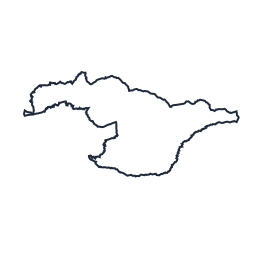 Paulesti, Vrancea, Romania (Robinson projection), rotated 195°
{"feature_id": "2599482B74824267057169", "entity_name": "Paulesti", "entity_type": "district", "adm_level": 2, "iso_a3": "ROU", "parent_name": "Romania", "parent_adm1": "Vrancea", "projection": "robinson", "projection_center": [26.578, 45.893], "detail": "fine", "context": "isolated", "style": "outline", "palette": "slate", "viewbox_px": 256, "rotation_deg": 195, "n_neighbors": 0, "source": "geoboundaries", "source_scale": "gbopen_adm2", "svg_char_len": 5927}
<svg xmlns="http://www.w3.org/2000/svg" viewBox="0 0 256 256"><g transform="rotate(195 128 128)"><path d="M187.3,170.0L187.7,169.4L187.8,168.3L188.4,168.1L188.2,167.8L188.4,167.4L189.0,167.4L189.8,166.7L189.5,165.7L190.1,165.1L190.2,164.5L191.0,163.9L190.8,162.8L191.2,161.5L190.9,161.2L192.5,159.3L192.7,158.6L192.6,158.4L193.3,156.3L194.8,157.2L195.0,158.2L195.7,158.2L197.2,156.8L198.2,156.8L199.9,154.6L200.6,154.2L202.7,154.5L203.8,154.3L205.5,155.2L206.3,153.9L208.4,151.9L209.6,151.6L210.3,152.6L212.7,151.7L213.7,151.7L214.3,152.0L215.0,151.8L214.7,151.4L214.8,150.6L214.6,150.1L215.0,150.1L215.0,149.8L214.6,149.8L214.5,149.5L215.7,149.3L216.3,148.6L217.8,148.0L219.9,147.8L220.4,147.4L223.2,146.7L222.7,146.2L222.8,145.4L224.8,145.7L225.7,144.4L226.2,143.2L227.6,141.9L228.1,139.6L228.0,138.7L228.6,138.5L228.0,138.1L229.7,137.1L230.1,136.5L230.6,134.9L229.4,134.1L229.8,133.6L229.6,133.2L228.3,133.2L228.6,131.7L228.5,131.0L228.9,130.0L228.2,129.7L228.4,129.2L228.9,129.4L229.5,128.7L228.7,128.0L227.1,128.0L226.9,126.3L226.3,124.9L225.1,124.2L223.5,120.5L223.4,116.8L224.9,117.1L225.9,117.9L228.4,117.4L230.1,117.5L232.2,118.2L232.1,114.7L230.9,113.1L227.1,115.1L222.8,116.6L221.1,117.8L218.9,118.7L215.1,120.8L213.7,122.2L213.6,121.3L213.3,122.4L212.7,122.2L212.6,122.4L212.8,123.0L212.4,123.9L212.3,125.2L211.6,125.2L211.2,125.7L211.6,126.4L209.9,127.5L210.2,127.8L208.5,128.4L208.0,127.7L207.1,128.8L206.8,128.4L206.5,128.6L206.7,129.0L205.4,129.2L205.6,129.6L205.3,130.0L206.0,130.5L204.8,131.3L204.9,131.6L204.6,132.1L202.1,131.5L201.9,131.9L201.3,131.9L201.3,132.7L200.7,133.8L201.1,134.3L201.1,134.6L200.0,134.8L196.6,136.9L194.9,137.5L194.3,136.7L194.6,135.8L193.6,134.7L193.4,134.0L192.2,134.1L192.4,135.8L191.8,136.4L189.9,136.6L188.5,135.8L188.7,135.5L188.3,135.2L187.5,135.1L187.6,134.8L186.6,135.2L186.7,133.0L185.5,132.2L182.5,133.7L181.8,133.3L180.9,133.5L180.5,134.1L179.7,134.0L179.7,134.8L178.9,134.3L177.8,134.8L176.9,134.4L176.3,134.8L175.4,134.7L175.4,135.2L174.9,135.2L174.8,135.6L174.1,136.0L173.8,136.5L172.4,136.6L171.3,137.1L172.7,132.5L172.0,132.1L172.0,130.9L170.5,130.3L170.6,129.9L170.2,129.7L169.7,128.6L168.0,127.8L167.4,126.1L165.9,125.4L164.8,125.2L164.3,125.5L163.5,125.3L163.4,124.7L162.7,124.3L162.1,123.3L158.1,122.1L158.0,121.6L157.7,121.4L156.1,121.9L153.7,122.0L151.8,122.8L148.2,125.9L146.5,127.0L146.1,127.0L145.8,127.4L143.5,129.2L141.2,130.6L140.5,129.5L139.0,124.1L138.0,121.9L138.1,121.3L137.7,120.1L136.2,118.3L136.4,117.5L136.6,117.2L137.3,117.3L137.9,116.9L138.1,115.7L138.5,115.5L138.1,115.1L139.1,114.4L141.0,114.0L144.3,111.5L146.7,110.4L146.7,110.0L145.8,109.2L147.0,107.3L146.1,106.2L147.4,106.0L147.5,105.7L147.0,105.1L145.4,104.5L145.8,104.0L146.1,102.7L145.2,102.0L145.3,101.5L144.7,100.5L145.1,100.0L144.6,99.5L145.0,98.4L145.5,98.2L145.4,97.5L146.0,96.8L146.1,96.1L147.8,95.1L147.7,94.3L148.4,93.2L148.0,92.6L150.1,92.6L150.7,92.2L150.9,91.7L151.5,91.8L151.8,90.0L153.0,90.7L153.5,91.4L154.2,91.1L154.2,90.4L154.8,89.8L156.5,91.2L156.5,91.6L156.9,91.7L158.5,90.9L158.2,90.0L156.9,88.4L155.6,87.8L153.9,87.7L151.4,87.0L150.1,87.1L150.4,85.7L150.1,85.3L145.9,82.8L144.8,83.0L144.8,83.5L142.3,83.3L141.0,84.0L137.5,84.3L136.3,84.9L134.2,84.6L134.0,85.1L133.7,85.3L132.6,85.1L130.3,85.7L129.1,84.9L127.7,85.3L125.4,83.4L124.4,83.4L123.9,83.0L122.6,83.4L120.8,83.2L116.3,81.8L112.9,83.5L110.9,83.0L109.0,83.7L108.2,83.2L107.4,83.8L104.6,84.5L103.7,86.1L102.4,86.5L100.0,86.6L99.1,87.5L98.2,87.4L95.4,88.6L94.7,89.6L92.3,89.5L89.3,91.0L88.2,90.0L85.8,90.3L83.9,92.3L82.9,92.4L81.8,93.7L80.6,94.0L80.4,94.7L78.5,94.8L77.9,96.4L77.3,96.5L77.3,96.9L76.3,98.0L76.6,99.2L76.2,99.9L76.2,101.2L75.4,101.7L76.1,103.7L75.0,104.2L74.9,105.0L74.2,106.0L74.0,107.1L73.0,107.5L72.3,109.3L72.2,110.8L73.5,111.2L73.4,112.0L72.8,113.3L73.4,113.2L73.8,113.6L73.4,113.9L73.5,115.0L73.1,115.9L73.5,116.5L72.7,117.1L73.4,117.8L73.4,118.3L73.2,119.1L72.6,119.5L73.5,120.5L73.1,121.2L72.9,122.4L73.1,122.9L70.8,124.0L71.6,124.7L71.0,126.1L71.7,126.5L71.3,126.7L71.3,128.1L69.7,130.2L68.7,130.0L67.9,130.6L67.8,131.1L66.0,132.2L66.0,133.3L65.0,134.4L65.0,135.1L64.4,135.6L64.1,136.4L64.7,137.2L63.8,137.5L63.8,137.9L63.1,138.4L62.9,139.0L63.1,139.5L62.5,140.6L61.7,141.0L61.7,141.7L59.6,142.5L59.0,143.8L56.9,143.8L56.6,145.3L56.2,145.4L56.0,146.1L55.5,146.0L54.9,146.5L54.8,146.9L54.3,146.9L52.8,148.1L53.3,149.0L52.6,149.1L52.9,149.7L52.7,150.1L52.0,150.1L51.7,150.7L49.9,151.6L49.0,152.7L47.6,152.9L47.1,153.7L44.4,154.2L44.2,155.0L43.3,155.6L43.2,156.1L41.6,157.2L38.9,157.1L37.4,157.6L35.7,158.9L33.4,159.9L31.1,159.7L28.7,161.4L27.9,161.5L27.3,162.2L24.6,161.9L23.8,166.7L24.6,167.7L26.0,168.4L27.0,171.1L27.5,171.6L27.6,172.1L32.2,169.2L33.2,169.4L33.9,169.0L35.8,169.7L36.5,169.6L38.5,171.2L39.9,171.5L41.4,170.6L44.5,169.9L46.1,169.4L46.6,168.8L47.7,168.7L48.0,167.7L48.8,166.8L50.3,167.3L52.6,166.9L54.4,168.8L55.2,171.6L56.2,171.8L57.9,173.0L59.3,173.1L60.7,174.1L64.1,174.1L65.8,173.9L66.9,172.7L67.8,172.7L68.5,171.1L69.7,170.7L69.8,169.4L70.7,168.3L72.4,167.9L74.2,168.3L76.3,169.3L78.6,168.7L79.4,166.9L80.4,165.9L87.5,162.7L90.1,161.8L91.6,160.5L91.6,159.7L92.8,159.3L95.6,162.2L97.4,163.1L99.7,164.9L100.1,165.0L101.1,164.4L105.0,165.6L107.2,165.2L111.0,167.7L115.2,167.2L118.0,168.4L121.4,168.1L122.5,167.4L126.2,167.7L127.5,167.3L129.6,168.0L131.9,166.9L133.3,165.4L134.3,165.3L136.5,164.1L136.8,164.4L136.7,165.1L138.1,166.8L138.6,168.0L142.3,170.1L142.6,170.5L144.8,170.4L147.9,172.7L150.4,173.9L152.0,173.3L152.8,173.8L154.4,173.5L156.9,174.2L158.1,173.6L159.5,172.2L160.9,171.6L161.8,170.7L162.6,171.0L162.4,170.2L162.8,170.1L162.6,170.3L162.9,170.4L163.5,169.5L165.7,169.4L169.6,167.0L170.8,165.9L171.2,164.5L173.3,162.7L173.7,161.8L175.1,160.6L176.1,160.7L177.5,161.7L179.9,162.5L180.9,164.4L181.4,164.7L181.0,165.5L181.2,166.0L181.5,166.0L183.1,167.7L183.1,169.8L183.4,170.4L184.4,170.0L187.3,170.0Z" fill="none" stroke="#1e293b" stroke-width="2"/></g></svg>